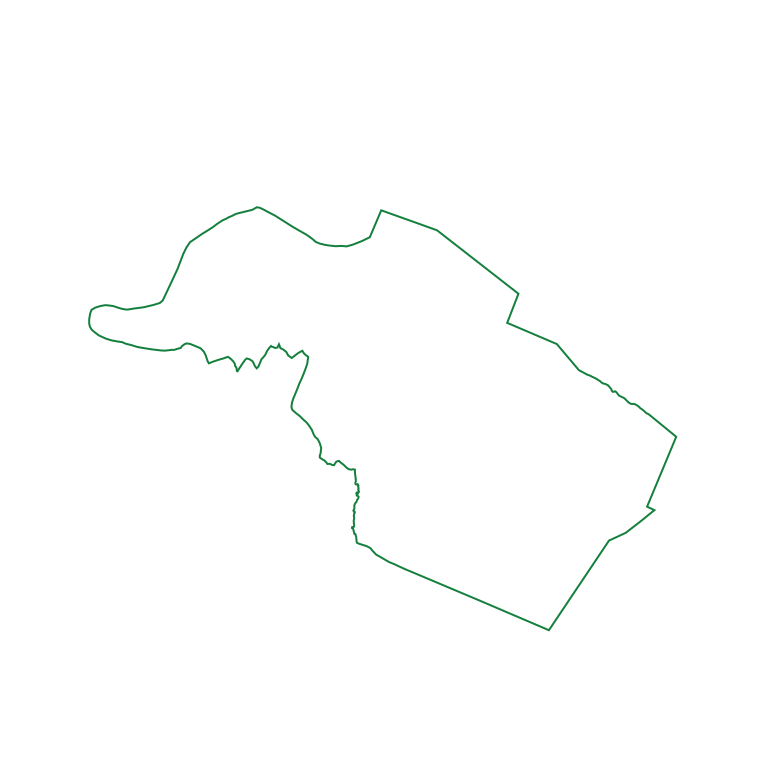 the district of Svay Chek, Bântéay Méanchey, Cambodia, rotated 203°
{"feature_id": "14789045B19114929433175", "entity_name": "Svay Chek", "entity_type": "district", "adm_level": 2, "iso_a3": "KHM", "parent_name": "Cambodia", "parent_adm1": "Bântéay Méanchey", "projection": "robinson", "projection_center": [103.023, 13.816], "detail": "fine", "context": "isolated", "style": "outline", "palette": "green", "viewbox_px": 768, "rotation_deg": 203, "n_neighbors": 0, "source": "geoboundaries", "source_scale": "gbopen_adm2", "svg_char_len": 4264}
<svg xmlns="http://www.w3.org/2000/svg" viewBox="0 0 768 768"><g transform="rotate(203 384 384)"><path d="M668.9,318.2L665.6,317.3L657.9,317.1L652.4,317.6L646.4,318.9L641.4,320.2L637.1,320.2L631.8,321.1L625.6,321.7L619.1,323.2L612.7,324.8L607.3,326.3L602.2,327.8L598.7,329.1L595.3,331.0L592.9,332.4L590.5,333.4L587.5,336.0L585.2,337.7L584.9,339.6L583.3,342.5L581.6,344.2L578.4,345.1L573.5,345.2L566.8,345.2L562.5,343.4L559.3,340.7L555.3,336.1L553.2,334.6L550.7,337.2L546.6,340.9L541.6,345.0L538.4,348.0L537.4,347.9L534.7,347.2L531.7,346.0L529.4,344.5L528.0,342.4L526.6,341.6L525.6,340.5L524.5,338.5L523.8,338.5L523.1,343.0L522.2,347.8L521.2,352.2L520.3,353.9L517.0,354.2L514.0,353.6L512.1,352.2L510.6,350.7L509.4,349.8L507.3,348.7L506.5,350.6L506.4,352.6L506.4,356.1L506.5,358.9L505.7,361.0L504.7,364.3L504.5,368.9L503.5,373.2L502.8,374.8L502.3,374.5L500.5,374.7L498.0,374.7L496.3,376.0L496.2,379.5L494.9,378.2L493.3,376.5L490.2,376.4L486.4,375.3L483.3,372.8L479.1,371.9L476.8,376.0L474.8,379.4L473.0,381.6L472.2,382.7L471.3,382.1L469.7,380.9L467.8,380.2L464.4,379.4L464.1,378.6L463.6,376.3L462.6,372.9L462.2,367.8L462.0,362.9L462.0,361.1L461.9,357.4L462.1,351.2L461.9,345.1L461.8,338.7L461.8,335.1L461.4,330.7L460.2,326.6L458.3,324.4L454.0,322.9L449.1,321.6L444.3,319.7L440.1,318.3L436.4,316.2L432.5,313.6L428.7,309.8L426.5,308.3L423.4,307.3L420.2,304.6L416.8,300.6L416.1,297.8L415.7,297.1L415.4,295.7L415.2,294.7L415.1,292.8L414.3,291.2L413.6,291.0L412.4,290.8L411.0,290.5L409.3,290.4L406.9,289.5L404.9,288.3L402.6,289.4L400.1,289.2L398.3,289.7L397.7,293.4L396.7,294.8L395.3,295.6L394.4,295.2L391.9,294.4L389.7,293.9L386.2,292.5L383.3,291.8L380.5,292.4L379.1,293.5L377.3,293.8L376.8,292.7L376.6,291.9L375.8,290.5L374.8,288.8L374.1,287.6L373.5,286.8L373.3,285.8L372.5,285.0L372.1,283.9L371.9,282.8L371.8,282.0L371.1,280.7L370.2,280.7L369.1,281.5L368.4,281.0L367.8,280.4L368.1,279.8L366.9,278.5L366.5,277.7L366.7,277.0L365.9,276.2L365.0,275.1L365.1,274.0L365.2,273.2L366.4,273.7L366.8,272.9L366.4,272.0L365.7,271.5L365.5,270.7L364.2,270.7L363.4,270.4L363.1,269.3L363.0,268.5L363.4,267.5L363.4,266.6L363.4,265.5L363.3,264.5L363.8,263.5L363.8,262.8L364.0,262.0L363.9,260.7L363.2,259.2L362.8,258.1L362.5,257.3L362.7,256.3L362.7,255.5L361.8,254.7L361.3,255.1L360.7,254.4L360.6,253.5L360.7,252.6L360.4,251.1L359.7,249.9L358.9,248.7L358.5,246.4L357.1,243.6L356.4,242.7L356.0,241.4L356.1,240.6L357.4,239.8L357.2,238.9L355.9,238.7L355.1,237.7L354.2,236.4L353.4,235.5L352.7,234.5L351.8,234.7L349.8,232.3L348.2,229.3L347.1,227.4L345.0,227.2L340.3,227.6L336.8,228.0L332.3,227.6L329.2,225.9L324.6,223.9L319.9,223.4L314.7,222.7L309.7,222.1L304.0,222.2L300.0,222.0L293.1,221.8L209.2,222.0L180.6,221.9L136.0,221.8L115.7,327.8L103.3,341.5L95.5,355.4L91.6,362.5L91.2,363.4L85.8,373.5L93.9,373.9L94.4,449.6L128.3,459.5L129.1,459.6L131.2,459.7L133.6,460.6L136.1,461.4L138.6,461.9L141.2,462.9L144.1,463.4L146.2,463.3L148.7,462.2L151.4,462.5L154.2,463.6L157.1,464.8L159.8,465.0L163.0,465.1L165.1,466.2L166.5,467.1L168.3,467.6L169.4,466.9L170.1,466.2L171.8,466.8L172.6,468.0L174.0,468.7L175.5,469.5L177.7,470.4L180.4,470.5L182.6,470.1L184.5,470.4L186.2,471.0L188.5,471.4L190.8,471.8L193.1,471.9L195.4,472.0L197.7,472.2L199.2,472.1L200.6,472.0L202.2,472.2L203.7,472.3L205.3,472.5L206.5,472.6L210.0,472.9L240.5,488.3L294.5,488.4L295.5,519.6L395.2,546.2L418.5,544.9L433.6,544.0L454.4,542.8L454.4,513.6L460.1,507.0L466.5,500.7L472.1,496.1L477.1,494.5L482.2,492.0L488.8,490.0L493.3,488.9L496.1,488.5L497.4,488.2L502.1,488.1L507.2,489.7L513.5,491.1L522.1,492.1L529.5,493.0L536.6,494.2L544.0,495.4L549.9,496.4L556.4,496.9L562.9,497.5L567.2,497.7L570.1,497.0L570.6,496.3L571.2,495.7L571.7,494.9L572.7,493.6L573.5,492.7L585.0,484.1L586.5,482.9L588.0,481.3L589.0,480.0L591.0,477.9L591.5,477.3L592.3,476.6L593.1,475.4L594.8,473.4L596.5,471.7L600.2,466.1L603.2,460.9L603.8,460.1L605.7,457.3L610.0,451.2L618.0,438.7L619.2,432.5L619.6,425.5L619.0,409.4L619.4,397.2L620.3,374.3L622.2,370.8L627.1,366.7L635.1,360.8L643.6,355.8L648.8,352.5L649.9,352.0L651.5,351.5L654.6,350.8L659.2,350.3L663.4,350.0L668.0,348.8L671.5,347.6L676.0,344.6L679.6,341.5L682.2,338.0L682.0,333.9L680.6,328.2L678.9,324.3L677.1,321.8L674.3,319.8L670.6,318.6L668.9,318.2Z" fill="none" stroke="#15803d" stroke-width="2"/></g></svg>